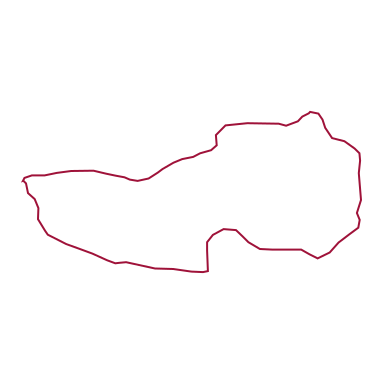 Ludvika, Dalarna, Sweden
{"feature_id": "70781695B24825049730842", "entity_name": "Ludvika", "entity_type": "district", "adm_level": 2, "iso_a3": "SWE", "parent_name": "Sweden", "parent_adm1": "Dalarna", "projection": "robinson", "projection_center": [14.755, 60.218], "detail": "fine", "context": "isolated", "style": "outline", "palette": "rose", "viewbox_px": 384, "rotation_deg": 0, "n_neighbors": 0, "source": "geoboundaries", "source_scale": "gbopen_adm2", "svg_char_len": 1116}
<svg xmlns="http://www.w3.org/2000/svg" viewBox="0 0 384 384"><path d="M23.0,180.8L23.3,180.7L26.0,183.4L28.0,193.1L34.7,199.1L38.4,208.1L38.0,219.2L45.1,230.8L47.8,234.7L66.3,244.1L78.8,248.6L92.4,253.6L107.2,260.3L115.3,263.3L119.5,262.8L126.1,262.2L155.0,268.5L173.2,269.0L191.4,271.6L203.0,272.1L207.5,271.2L207.9,271.1L207.1,250.6L207.1,242.2L212.9,234.9L223.6,229.1L236.0,230.1L242.6,236.4L248.4,242.2L259.9,249.0L272.3,249.6L287.2,249.6L301.2,249.6L309.5,254.3L316.9,258.0L317.6,258.4L329.7,252.5L338.6,242.5L349.5,234.2L358.3,227.7L359.7,219.9L356.9,213.0L361.0,200.0L358.8,173.1L360.1,160.6L359.5,154.0L359.4,153.2L354.6,148.5L344.4,141.2L332.1,138.1L325.2,127.8L322.5,119.6L318.4,113.6L310.1,111.9L308.8,113.3L302.3,116.6L297.9,121.3L286.1,125.7L278.7,123.7L247.3,123.2L225.5,125.4L215.9,135.1L216.7,145.3L211.1,150.2L200.1,153.3L193.2,156.9L182.2,159.1L173.5,162.7L171.4,163.9L162.6,169.0L157.8,172.6L148.6,178.5L137.6,180.9L129.8,179.6L124.5,177.3L115.8,175.7L106.2,173.7L93.5,170.7L71.2,171.0L56.8,172.9L44.6,175.4L31.9,175.4L24.5,177.9L23.0,180.8Z" fill="none" stroke="#9f1239" stroke-width="2"/></svg>